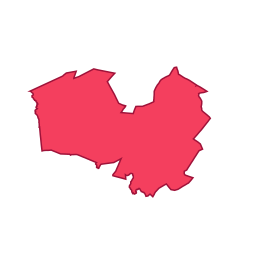 Coapilla, Chiapas, Mexico (Albers equal-area conic projection), rotated 333°
{"feature_id": "50627088B26758621941112", "entity_name": "Coapilla", "entity_type": "district", "adm_level": 2, "iso_a3": "MEX", "parent_name": "Mexico", "parent_adm1": "Chiapas", "projection": "albers", "projection_center": [-93.127, 17.118], "detail": "fine", "context": "isolated", "style": "filled", "palette": "rose", "viewbox_px": 256, "rotation_deg": 333, "n_neighbors": 0, "source": "geoboundaries", "source_scale": "gbopen_adm2", "svg_char_len": 5311}
<svg xmlns="http://www.w3.org/2000/svg" viewBox="0 0 256 256"><g transform="rotate(333 128 128)"><path d="M93.3,52.1L73.3,51.3L57.5,50.7L57.8,50.9L58.0,51.4L58.2,52.1L58.4,52.3L58.6,53.1L58.7,53.4L59.0,53.8L59.0,54.3L58.8,54.8L58.8,55.0L58.7,55.4L58.5,55.5L58.3,55.6L57.7,55.7L57.2,55.6L56.9,56.0L56.8,56.4L56.6,57.0L56.8,57.1L57.0,57.7L57.2,58.0L57.1,58.7L57.0,59.2L57.6,60.1L57.6,60.8L57.4,61.0L58.3,61.9L58.0,62.8L58.5,64.1L58.4,64.5L58.2,64.4L58.0,64.9L58.4,64.8L58.5,64.9L58.5,65.7L58.3,65.7L58.1,65.7L57.8,65.9L57.4,66.0L57.0,66.4L57.1,67.0L56.9,67.2L56.6,67.4L56.2,67.3L55.9,67.5L55.6,67.6L55.4,68.0L55.6,68.8L55.8,69.2L56.0,69.5L55.6,69.6L55.3,69.8L54.9,69.8L54.6,69.7L54.1,69.9L53.7,69.9L53.4,70.0L53.0,70.5L52.8,71.1L53.0,71.3L52.8,71.4L52.5,71.9L52.6,72.2L52.4,72.4L52.0,73.0L52.2,73.6L52.7,74.4L52.9,76.6L52.6,77.4L52.6,77.5L52.6,78.1L52.4,78.8L52.6,79.4L52.2,80.4L52.1,81.1L51.2,82.5L51.0,83.4L50.6,84.5L50.4,84.7L50.0,85.7L49.3,86.8L49.7,86.9L48.3,90.5L46.8,94.2L45.4,97.9L43.1,103.7L41.0,109.4L41.7,109.6L42.0,109.6L43.2,110.0L45.9,111.2L46.3,111.5L49.5,112.8L49.7,113.0L51.5,115.1L52.3,116.0L54.2,118.2L56.2,120.5L60.7,123.0L63.2,124.4L63.6,124.6L64.1,124.9L64.5,126.1L64.9,126.1L65.0,126.1L65.3,125.9L65.9,126.2L67.3,126.9L69.5,127.9L70.5,128.5L71.0,129.0L73.1,131.4L74.0,132.5L75.2,133.9L75.7,134.4L77.7,136.8L78.0,137.2L78.6,137.8L79.2,138.5L79.3,138.7L79.8,139.3L81.0,140.7L81.4,141.1L81.6,141.4L81.8,141.7L83.1,143.2L83.5,143.6L84.2,144.5L83.8,144.6L83.6,144.7L82.8,145.3L82.8,145.5L83.0,146.1L83.1,146.3L83.3,146.9L82.1,148.9L82.2,149.1L82.9,149.3L83.1,149.6L83.0,150.4L83.2,150.5L83.4,150.6L83.9,150.5L84.3,150.1L84.4,149.9L85.8,149.0L85.8,148.9L87.3,148.1L87.9,148.2L88.0,148.2L99.1,152.1L99.5,152.3L99.9,152.3L107.9,152.2L106.9,153.0L105.2,154.5L104.6,155.0L103.2,156.1L102.6,156.7L100.1,158.7L98.1,160.4L97.5,160.9L94.6,162.2L93.9,162.5L93.1,163.0L92.9,163.7L96.0,166.5L97.0,167.4L99.5,169.6L99.8,169.9L102.8,172.6L104.5,168.5L104.7,168.9L105.0,169.5L105.7,170.0L106.3,170.1L106.8,170.2L107.2,170.2L107.7,170.0L108.1,170.1L108.7,169.9L109.1,169.7L109.4,169.6L110.1,169.8L110.7,170.3L111.0,170.5L111.3,170.9L111.2,171.4L110.8,172.1L111.0,172.9L110.9,173.1L110.6,173.7L110.2,174.6L109.9,175.0L109.1,175.4L108.7,175.6L108.1,176.0L107.7,176.4L107.2,176.6L106.8,177.0L106.0,177.2L105.2,178.9L104.8,179.1L104.2,179.4L103.8,179.8L103.3,179.9L102.7,180.7L102.3,181.4L102.5,182.4L102.8,182.8L102.5,183.6L102.8,184.4L103.0,184.9L102.8,185.8L102.5,186.4L102.4,187.0L102.5,188.5L103.1,188.3L103.1,188.7L103.1,189.0L103.4,189.1L103.8,189.8L104.1,189.9L104.8,189.7L105.4,189.7L105.7,189.8L106.1,189.5L106.1,189.0L106.4,188.6L106.1,188.1L106.4,187.8L106.7,187.1L107.3,186.8L107.8,186.9L107.9,187.0L108.2,186.7L108.5,186.7L108.8,187.1L109.6,187.2L110.0,186.9L110.4,186.8L110.5,187.1L110.9,187.7L110.8,188.6L110.9,189.0L111.0,190.1L111.0,190.7L111.7,191.3L112.0,191.8L112.7,192.8L112.9,192.7L113.2,193.8L113.2,194.5L113.2,195.6L113.1,196.2L113.0,197.0L114.9,197.6L116.7,197.1L117.6,196.9L118.9,200.5L121.1,199.1L122.3,198.1L123.9,197.2L124.5,197.1L125.2,196.8L128.2,195.7L134.6,195.3L136.8,195.3L137.5,199.0L138.3,202.4L141.3,204.7L144.6,205.3L147.5,205.1L150.2,204.8L153.0,204.7L155.4,204.5L156.9,204.5L160.0,203.3L163.3,201.8L161.8,200.3L160.4,198.9L158.9,197.3L157.5,195.9L157.5,195.5L157.3,194.3L157.5,193.9L158.5,192.1L161.2,192.1L163.6,190.6L166.1,189.2L168.6,187.7L171.1,186.3L173.5,184.8L176.0,183.4L178.5,181.9L181.0,180.5L182.9,180.6L184.8,180.7L185.2,175.1L184.2,172.8L183.9,172.2L182.9,170.4L181.8,168.5L181.6,168.0L181.3,167.4L182.2,167.1L184.1,166.3L186.9,165.2L189.7,164.0L192.6,162.9L195.2,161.7L196.9,160.9L198.7,160.1L200.4,159.3L202.2,158.5L203.9,157.6L205.7,156.8L205.5,155.1L205.2,154.4L204.5,152.6L203.2,149.6L202.3,147.6L201.8,145.9L201.8,145.7L202.5,144.0L202.6,143.9L202.8,142.3L203.4,141.6L204.3,140.4L204.6,140.0L205.1,139.1L205.9,137.6L205.9,135.0L205.8,134.4L205.8,133.8L205.8,133.5L205.5,132.8L205.5,131.8L205.5,131.3L206.4,130.2L206.6,129.4L207.9,129.5L209.6,130.0L211.5,130.7L214.0,131.1L215.0,131.2L213.0,127.8L210.7,124.0L208.7,121.2L208.2,121.2L208.6,120.9L204.4,113.5L202.8,111.2L201.4,109.6L200.2,107.7L198.8,105.2L198.1,103.9L197.4,103.2L197.6,102.6L197.8,101.5L198.0,101.2L198.4,99.4L198.5,97.8L198.6,97.4L198.9,95.9L198.7,95.8L198.4,95.7L198.2,95.6L196.6,95.2L193.2,97.1L192.9,97.4L192.4,97.6L191.7,98.1L189.0,99.8L188.0,99.8L186.7,99.8L185.9,99.7L183.9,99.7L182.5,99.8L181.5,99.8L179.8,100.0L179.3,100.1L177.7,100.8L176.9,101.4L176.5,101.7L175.6,102.2L175.1,102.4L174.7,102.6L173.7,103.0L172.8,103.6L172.0,104.1L171.8,104.2L170.8,104.9L168.1,107.1L167.5,108.2L167.1,109.0L166.9,109.4L166.6,109.9L166.6,110.0L165.5,111.8L165.0,112.6L164.2,114.1L163.5,114.9L163.2,116.0L162.9,116.2L162.7,116.3L158.0,116.1L154.5,115.7L150.8,115.3L146.9,113.3L144.8,112.4L144.6,112.6L143.6,113.4L142.2,114.6L139.2,117.5L134.6,114.7L128.8,111.1L130.9,110.0L132.2,109.1L132.8,108.8L133.1,108.8L133.3,108.7L133.5,108.6L134.5,108.2L135.4,107.7L135.5,107.7L136.0,107.2L133.9,105.3L133.9,105.5L130.9,101.7L131.0,95.7L131.1,92.0L130.8,84.3L130.7,81.8L130.7,79.5L130.6,77.3L136.0,75.1L137.8,74.4L141.1,73.2L127.6,62.6L124.3,59.8L107.6,59.9L103.2,59.3L102.3,59.2L102.7,58.6L107.3,54.2L107.6,53.9L98.0,51.0L95.0,51.6L93.3,52.1Z" fill="#f43f5e" stroke="#9f1239" stroke-width="1.5"/></g></svg>